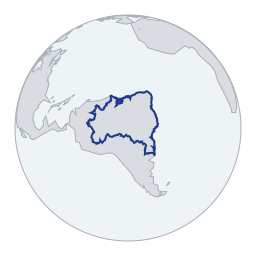 the Earth from above Brazil, rotated 320°
{"feature_id": "BRA", "entity_name": "Brazil", "entity_type": "country or territory", "adm_level": 0, "iso_a3": "BRA", "parent_name": "South America", "parent_adm1": "", "projection": "orthographic", "projection_center": [-55.283, -14.242], "detail": "fine", "context": "on_globe", "style": "outline", "palette": "blue", "viewbox_px": 256, "rotation_deg": 320, "n_neighbors": 0, "source": "natural_earth", "source_scale": "50m", "svg_char_len": 10796}
<svg xmlns="http://www.w3.org/2000/svg" viewBox="0 0 256 256"><g transform="rotate(320 128 128)"><circle cx="128" cy="128" r="113" fill="#eef3f6" stroke="#a8b0b8"/><path d="M96.0,20.0L97.1,19.7L100.3,18.9L99.6,19.2L102.7,18.3L102.7,18.2L104.1,17.9L106.0,17.5L105.4,17.7L104.4,17.9L105.2,17.8L104.1,18.1L105.7,17.8L104.8,18.3L108.5,17.2L110.1,17.2L108.7,17.7L105.3,18.3L93.6,22.1L91.1,23.4L91.2,24.3L98.8,24.3L97.6,25.7L98.6,27.1L100.9,25.8L100.9,24.4L105.5,22.7L105.0,21.4L106.8,20.7L107.7,19.5L111.4,19.1L114.5,19.5L113.9,20.6L115.3,20.9L119.0,19.6L120.9,21.9L127.4,23.9L127.5,24.8L122.0,26.4L114.1,26.7L107.0,30.1L115.5,27.5L115.6,30.2L117.2,30.7L119.5,30.4L121.0,29.3L121.8,30.4L113.7,33.0L112.8,32.1L115.4,31.2L111.7,31.5L106.2,33.9L106.7,35.4L97.9,38.5L98.1,39.7L96.4,41.3L96.6,39.0L96.0,43.4L85.8,49.8L84.8,58.8L81.5,52.4L77.8,52.3L73.1,53.4L72.8,54.8L67.0,55.1L61.0,59.5L57.5,67.5L58.6,72.9L65.2,71.5L67.7,67.7L72.8,66.0L68.0,75.9L76.8,75.7L75.2,83.1L77.6,86.5L82.3,84.9L87.1,86.1L90.9,81.4L96.8,78.5L96.6,84.5L100.1,78.8L103.3,81.4L115.3,80.7L114.3,82.1L124.4,89.1L135.8,92.4L138.4,97.1L137.0,100.0L141.1,100.9L141.1,102.8L157.7,106.8L166.4,112.5L166.3,119.4L159.4,126.8L153.9,143.9L141.6,149.0L139.0,156.2L130.4,166.8L122.9,165.9L125.6,171.4L121.9,174.7L117.2,175.0L117.0,178.9L113.5,179.1L116.2,181.6L111.6,187.0L114.0,191.1L110.9,195.5L112.7,197.9L111.1,197.9L109.8,199.0L110.0,200.4L104.8,198.4L102.2,192.8L103.2,189.9L101.1,189.6L103.1,182.1L101.2,183.7L99.8,173.0L101.5,164.1L100.8,139.7L98.0,135.2L89.4,130.5L79.0,114.9L81.4,107.9L79.2,105.0L86.2,95.0L84.6,86.9L82.3,86.1L79.7,89.5L71.9,85.6L69.6,80.1L48.3,76.2L46.6,74.1L47.6,69.6L45.5,58.5L44.1,70.1L42.3,68.6L41.8,64.9L43.3,63.2L44.6,57.6L43.7,56.5L47.8,49.8L57.7,40.1L57.3,40.7L59.7,38.7L60.4,37.9L60.3,38.0L66.9,33.4L73.8,29.3L80.9,25.7L88.3,22.6L96.0,20.0ZM83.7,62.1L93.8,65.6L87.5,66.8L88.8,65.8L86.3,64.2L81.6,63.1L76.2,64.9L83.7,62.1ZM89.4,56.3L87.6,56.1L89.4,55.9L89.4,56.3ZM60.0,38.2L58.7,39.4L58.2,39.7L59.3,38.7L60.0,38.2ZM105.6,19.8L106.6,19.6L105.9,19.9L105.6,19.8ZM105.0,19.5L103.5,20.0L103.0,20.0L103.9,19.7L105.0,19.5ZM107.1,19.0L102.3,19.8L101.4,19.8L104.4,18.7L107.1,19.0ZM101.9,18.4L102.0,18.5L100.2,18.9L101.9,18.4ZM116.1,16.0L114.2,16.2L114.4,16.2L116.1,16.0ZM113.8,202.8L105.4,199.2L110.0,200.8L112.2,198.4L117.0,201.3L113.8,202.8ZM120.8,196.8L124.0,195.6L125.0,196.3L123.0,197.3L120.8,196.8ZM215.9,57.6L216.6,58.5L210.9,51.9L209.1,49.9L201.1,42.7L202.9,44.5L210.6,51.7L209.6,50.7L212.1,53.8L209.4,50.7L200.5,43.0L198.1,42.8L200.3,49.5L197.8,49.5L193.2,47.2L187.1,39.4L193.4,40.4L191.4,38.2L185.5,34.4L188.0,35.2L186.4,34.0L188.3,34.4L186.6,32.4L187.9,32.8L182.9,29.7L185.8,31.4L188.6,33.1L189.6,33.7L196.9,38.9L203.7,44.6L210.1,50.9L215.9,57.6ZM187.5,32.3L186.2,31.5L187.5,32.3ZM180.0,28.1L179.3,27.8L174.0,25.2L173.5,25.0L180.0,28.1ZM235.5,161.6L234.0,165.0L230.8,172.9L229.4,174.5L227.1,178.8L224.1,182.5L220.3,185.4L217.5,182.8L219.9,178.6L222.5,169.5L227.3,148.9L230.8,141.0L231.6,134.2L229.3,118.0L230.0,110.5L228.7,106.7L226.4,106.6L224.6,102.1L222.9,101.5L210.6,101.0L205.1,95.0L194.6,79.0L195.6,73.6L192.8,67.1L197.4,49.5L201.6,51.5L209.0,52.4L210.5,53.6L213.3,57.8L221.7,66.5L220.1,63.5L222.5,66.8L226.8,73.8L230.5,81.2L233.6,88.8L236.2,96.6L238.2,104.6L239.6,112.7L240.4,120.9L240.6,129.2L240.2,137.4L239.3,145.6L237.7,153.6L235.5,161.6ZM199.7,58.7L200.5,60.4L200.5,60.5L199.7,58.7ZM115.7,80.6L117.1,81.7L115.1,81.8L115.7,80.6ZM86.4,69.2L88.6,69.1L89.7,69.8L87.9,70.3L86.4,69.2ZM106.1,67.6L108.9,68.0L105.9,68.6L106.1,67.6ZM95.4,66.0L103.9,67.6L98.2,69.6L92.9,68.8L96.7,68.0L95.4,66.0ZM87.8,59.4L89.1,59.6L88.5,60.7L87.8,59.4ZM90.7,56.1L90.2,56.3L89.6,55.6L90.7,56.1ZM116.0,30.1L116.7,29.9L118.9,29.9L117.7,30.4L116.0,30.1ZM129.9,27.9L131.0,29.6L129.4,28.6L127.8,29.4L122.6,28.5L127.3,25.2L126.1,26.7L129.9,27.9ZM116.8,26.8L119.6,27.4L116.3,26.9L116.8,26.8ZM175.6,27.8L177.8,28.6L179.2,29.8L177.5,30.1L175.4,28.4L175.6,27.8ZM180.4,29.7L173.6,26.0L174.4,26.0L175.1,26.6L176.3,26.9L177.8,28.0L185.2,32.0L186.9,33.3L182.9,32.6L183.2,32.0L181.1,31.0L180.4,29.7ZM154.9,19.6L151.9,18.8L157.4,19.5L159.5,20.2L158.0,20.4L154.6,19.6L154.9,19.6ZM113.3,17.2L111.8,17.4L113.3,17.0L113.3,17.2ZM111.8,16.5L110.8,16.7L113.7,16.3L113.1,16.4L115.2,16.1L119.9,16.3L118.4,16.5L122.9,16.8L120.9,17.5L118.0,17.2L119.8,18.1L116.4,18.2L118.0,18.9L111.9,18.1L108.9,18.5L113.0,17.8L115.0,17.1L115.0,16.9L112.7,16.7L107.2,17.4L108.3,17.1L109.6,16.9L111.8,16.5ZM145.1,16.7L146.8,16.9L145.3,16.7L148.6,17.3L145.8,16.8L146.4,17.1L148.8,17.4L140.5,17.6L139.2,18.6L139.6,19.8L134.7,19.2L131.2,17.9L129.0,16.6L131.0,16.0L128.4,16.0L128.6,15.8L130.5,15.8L127.7,15.6L128.3,15.5L126.4,15.4L125.2,15.4L135.2,15.6L145.1,16.7ZM210.1,52.4L210.8,52.9L211.6,53.3L213.2,55.4L210.1,52.4ZM204.1,47.1L204.5,47.1L207.1,49.9L206.3,49.5L204.1,47.1ZM202.4,44.9L204.3,46.9L202.8,45.5L202.4,44.9ZM186.0,31.4L186.1,31.5L187.0,32.0L187.9,32.6L186.0,31.4ZM218.6,61.0L218.2,60.5L217.8,60.0L218.1,60.4L218.6,61.0Z" fill="#d9dde1" stroke="#a8b0b8" stroke-width="1"/><path d="M105.4,98.5L106.4,99.3L106.9,99.3L107.7,98.9L108.0,99.1L107.9,99.4L108.1,99.4L108.8,98.6L110.5,97.7L110.9,96.9L112.0,96.5L112.1,96.0L110.9,95.9L110.9,95.5L110.5,94.6L110.5,93.8L109.7,93.1L109.4,92.6L109.9,92.8L110.6,92.8L110.9,93.2L112.3,93.1L113.0,93.7L113.4,93.6L113.5,92.9L114.1,92.7L114.6,92.8L115.2,92.6L116.3,91.9L116.8,91.9L117.5,91.2L117.3,90.6L117.5,90.6L118.5,90.5L118.8,90.8L118.5,91.8L119.3,92.1L119.3,92.4L119.6,92.9L119.0,93.6L119.1,94.0L118.8,95.3L119.0,95.9L119.2,96.1L119.2,96.8L119.4,97.1L120.2,97.7L121.0,98.1L121.7,97.9L121.7,97.6L122.0,97.3L122.6,97.4L122.7,97.2L123.5,97.1L123.9,96.6L124.4,96.5L124.9,96.7L125.6,96.6L126.7,96.8L126.8,96.4L126.3,96.0L126.7,95.5L127.1,95.7L128.6,95.4L129.2,95.9L130.3,96.3L131.0,95.8L131.5,96.0L131.8,95.9L132.0,96.1L132.6,96.2L133.2,95.7L133.8,94.3L135.3,92.2L135.5,92.2L136.0,92.6L137.0,96.3L137.5,96.9L138.5,97.3L138.6,98.2L137.8,98.8L136.9,100.0L135.9,100.5L135.0,101.8L135.0,102.3L134.6,102.6L134.5,102.9L134.0,102.9L133.1,103.3L134.1,103.5L134.6,103.4L136.6,102.2L136.7,102.4L136.6,102.5L137.0,103.7L137.6,104.2L138.4,103.9L138.9,104.1L139.7,103.8L139.1,105.5L139.4,105.2L139.9,104.1L140.3,104.0L140.9,103.3L141.4,103.6L141.6,103.3L141.4,103.1L141.4,102.7L142.1,101.9L143.1,101.8L143.4,102.0L143.4,101.8L143.7,101.8L144.6,102.1L145.0,102.5L145.7,102.6L146.9,103.3L147.2,103.3L147.5,104.0L148.0,103.5L148.6,104.1L148.8,104.1L149.0,104.7L148.6,105.1L148.7,105.3L149.2,104.9L149.3,105.3L149.0,105.4L148.9,105.7L148.6,106.9L149.2,106.4L149.6,105.5L149.8,105.6L149.6,106.2L150.1,105.8L151.1,105.7L151.2,105.4L152.1,105.6L153.4,106.4L154.1,106.3L154.8,106.7L156.8,106.6L157.7,106.8L160.5,108.6L161.3,109.6L162.1,110.4L162.7,110.7L162.9,111.1L164.0,111.6L165.1,111.6L165.9,111.8L166.4,112.7L167.1,116.1L167.0,117.4L166.7,118.3L166.3,119.2L165.4,120.4L165.1,120.7L164.9,120.6L164.9,120.9L163.8,122.1L162.8,122.7L162.0,123.7L162.0,123.4L161.3,125.1L160.2,126.4L159.7,126.6L159.7,126.2L159.4,125.9L159.1,126.2L159.2,126.5L159.1,127.0L158.7,127.4L158.5,127.8L158.5,128.7L158.6,128.8L158.7,128.7L158.4,129.9L158.6,132.3L157.8,134.8L157.8,135.8L156.8,136.9L156.4,139.4L155.9,139.7L155.1,141.3L154.3,141.9L154.0,142.5L153.8,143.0L153.8,144.0L152.5,144.5L151.9,145.0L152.0,145.4L151.8,145.7L150.1,145.7L149.8,145.2L149.7,145.3L149.7,145.7L148.5,145.8L148.3,145.8L148.9,145.7L148.5,145.5L147.1,145.7L147.1,146.0L145.8,146.7L145.6,147.1L144.7,147.0L143.0,147.8L141.0,149.3L141.0,149.6L140.5,150.0L140.6,149.8L140.2,149.7L140.1,150.1L139.6,149.9L139.7,150.1L140.2,150.4L139.9,150.8L139.7,150.8L139.8,151.0L139.7,151.5L139.7,151.9L139.6,152.5L139.7,153.4L139.5,154.1L139.5,155.1L139.2,156.0L138.3,156.6L137.5,157.5L136.4,159.5L135.3,161.0L133.4,162.6L133.4,162.1L133.7,162.1L134.0,162.0L134.7,161.4L134.9,160.8L135.2,160.7L135.3,160.4L135.8,160.0L135.7,159.5L136.0,159.5L136.0,159.2L135.2,159.4L134.8,158.7L134.8,159.1L135.0,159.3L134.8,160.1L134.6,159.9L134.4,160.7L133.6,161.2L133.2,162.2L133.2,162.7L132.3,164.5L131.1,165.6L130.9,165.5L130.9,164.6L131.6,163.7L130.8,163.1L130.5,162.5L129.8,162.1L129.2,161.4L128.2,161.0L127.5,160.2L127.1,160.5L126.8,160.6L126.7,160.1L125.4,158.8L124.9,158.9L124.7,159.1L124.0,159.0L125.2,157.8L126.9,155.5L127.3,155.5L127.2,155.2L128.3,154.5L128.8,153.9L129.7,153.7L130.5,153.1L130.7,152.7L130.8,151.4L130.5,150.3L130.3,150.1L129.2,150.1L129.5,149.3L129.7,147.3L129.9,147.2L129.2,146.7L128.2,147.1L127.8,147.0L127.3,144.9L127.4,144.5L127.1,143.9L126.2,143.7L125.9,143.4L125.5,143.7L125.0,143.7L123.3,143.5L123.1,143.3L123.3,141.3L122.7,139.7L123.2,139.3L122.7,138.8L123.5,137.5L123.4,137.2L123.9,135.8L123.2,134.5L122.9,134.5L122.2,133.9L122.0,132.9L122.2,132.1L118.8,132.1L118.6,130.5L118.0,129.8L118.5,129.8L118.5,128.8L118.1,128.0L118.2,127.7L118.0,127.2L116.9,126.7L115.6,126.8L114.9,126.1L113.7,125.8L113.1,125.2L112.6,125.2L111.9,124.8L111.5,124.9L110.5,124.8L110.3,124.4L109.4,123.9L109.2,123.5L108.6,122.5L108.7,122.1L108.5,121.1L108.7,120.4L108.5,119.5L106.3,120.0L104.7,121.0L104.2,121.6L103.5,121.7L103.1,122.3L102.5,122.6L101.3,122.3L100.0,122.4L99.3,122.7L98.9,122.5L98.7,122.6L98.6,120.3L98.8,119.5L97.5,120.7L95.8,120.9L95.8,120.5L95.3,119.9L93.8,119.8L94.2,119.2L93.1,117.8L92.6,117.0L92.7,116.7L92.2,116.3L92.2,116.0L92.7,115.8L92.5,115.4L92.6,115.0L93.7,114.1L93.5,113.4L93.9,112.4L94.1,111.4L96.0,110.1L97.6,109.7L97.9,109.3L98.7,109.2L99.0,109.5L99.5,109.5L100.5,103.4L100.1,102.6L100.1,102.1L99.2,101.5L99.3,100.1L100.4,99.7L101.0,99.8L101.0,99.5L100.7,99.1L99.7,99.2L99.7,97.9L100.3,97.8L102.9,97.7L102.7,97.5L102.8,97.2L103.3,97.6L104.4,96.9L104.9,97.6L105.0,98.6L105.4,98.5ZM139.1,100.9L140.1,100.8L141.5,101.1L141.2,102.2L140.6,102.8L140.6,103.1L140.2,103.3L140.0,103.1L139.9,103.5L139.3,103.3L139.2,103.7L138.7,103.8L138.2,103.7L137.4,103.8L136.9,102.7L137.2,102.5L137.0,102.4L136.8,102.1L137.1,100.9L137.9,100.6L139.1,100.9ZM135.9,102.3L134.6,103.1L135.1,102.4L135.1,102.0L135.3,101.6L135.9,101.4L136.1,101.6L135.9,102.3ZM137.8,100.0L139.0,100.0L138.5,100.5L137.7,100.3L137.8,100.0ZM137.7,99.9L137.5,100.4L137.1,100.3L137.6,99.3L137.7,99.9ZM139.5,100.6L138.9,100.7L138.7,100.6L139.3,100.3L139.6,100.4L139.5,100.6ZM137.1,100.6L136.6,101.0L136.3,100.8L136.4,100.6L136.7,100.5L137.1,100.5L137.1,100.6ZM138.1,99.7L137.9,99.7L137.8,99.4L138.3,99.2L138.1,99.7ZM137.8,96.7L137.5,96.8L137.4,96.3L137.7,96.3L137.8,96.7ZM140.0,153.8L139.7,154.6L139.7,154.1L140.0,153.8ZM145.9,146.9L145.9,147.4L145.6,147.3L145.9,146.9ZM139.8,151.9L139.6,151.7L139.9,151.5L139.8,151.9ZM149.0,106.4L148.9,106.6L148.9,106.1L149.1,106.0L149.0,106.4ZM159.5,126.7L159.2,126.8L159.4,126.5L159.5,126.7ZM148.0,145.9L147.7,146.0L147.6,145.9L147.8,145.8L148.0,145.9ZM158.9,127.4L158.7,127.7L158.9,127.4ZM148.3,103.3L148.2,103.4L148.1,103.2L148.3,103.3Z" fill="none" stroke="#1e3a8a" stroke-width="2"/></g></svg>